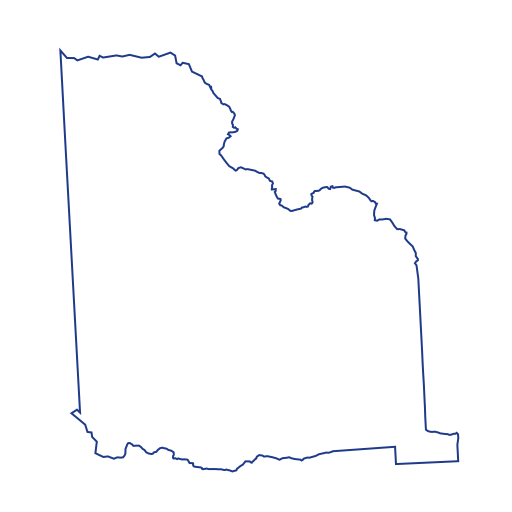 Valley, Idaho, United States of America, rotated 267°
{"feature_id": "52423323B68187533986478", "entity_name": "Valley", "entity_type": "district", "adm_level": 2, "iso_a3": "USA", "parent_name": "United States of America", "parent_adm1": "Idaho", "projection": "natural_earth1", "projection_center": [-115.582, 44.683], "detail": "fine", "context": "isolated", "style": "outline", "palette": "blue", "viewbox_px": 512, "rotation_deg": 267, "n_neighbors": 0, "source": "geoboundaries", "source_scale": "gbopen_adm2", "svg_char_len": 4735}
<svg xmlns="http://www.w3.org/2000/svg" viewBox="0 0 512 512"><g transform="rotate(267 256 256)"><path d="M438.4,211.0L443.5,201.7L451.1,199.0L452.8,192.9L450.4,190.6L452.6,186.8L460.4,185.7L463.6,181.2L460.1,169.4L463.5,165.7L460.3,160.5L460.0,152.1L463.5,140.3L462.2,132.9L463.6,127.2L462.2,113.7L464.1,110.3L460.5,108.3L463.8,98.8L460.7,87.9L463.2,84.7L463.6,77.6L471.5,71.4L384.7,71.5L108.8,72.1L111.9,69.2L108.6,63.5L96.5,76.6L89.1,78.5L88.4,82.5L83.9,82.9L78.9,87.3L67.5,85.3L63.3,93.0L63.6,97.7L61.0,103.5L62.2,107.0L61.7,110.4L61.9,112.7L63.5,114.2L65.4,115.2L70.2,115.6L74.6,117.6L75.9,118.7L75.8,120.2L75.2,121.1L74.1,122.7L72.9,123.5L72.8,124.9L72.9,126.5L72.7,129.4L70.9,131.5L69.5,132.5L68.0,134.6L65.7,136.1L64.4,138.5L63.7,141.4L64.0,142.6L65.2,143.7L65.7,146.3L66.6,147.0L67.8,148.1L68.2,149.0L69.1,150.1L69.5,152.4L69.0,153.7L68.3,156.5L66.9,158.4L65.9,161.4L64.2,163.5L61.8,163.5L60.5,162.7L58.6,162.6L58.0,163.4L58.3,164.8L57.3,166.5L57.9,167.8L57.2,169.7L56.7,171.5L56.7,173.6L56.4,175.9L56.2,176.9L55.6,177.4L54.7,177.8L52.7,178.8L52.5,181.6L52.4,182.2L51.7,182.4L51.1,182.2L49.9,182.4L49.0,183.1L48.5,185.5L48.1,187.6L47.8,189.6L47.2,190.8L46.3,191.0L45.8,191.9L46.1,192.8L46.1,194.2L46.3,195.8L46.0,196.5L45.6,198.1L45.6,199.7L45.5,202.1L45.3,205.1L45.0,206.7L44.9,208.9L44.8,210.0L44.6,211.0L44.1,212.3L43.9,213.7L44.1,214.7L44.3,215.4L43.8,216.6L43.5,217.6L43.3,218.5L42.7,219.8L42.1,221.2L42.6,223.3L43.0,225.2L44.4,225.8L45.2,226.9L47.0,229.4L48.4,232.0L51.5,234.7L51.2,239.0L50.3,239.8L49.8,240.9L50.7,241.6L51.0,242.1L51.2,242.5L52.0,243.3L52.8,244.1L53.2,244.6L53.6,245.2L53.7,245.6L54.1,245.8L54.5,245.8L55.6,246.4L57.0,248.8L56.4,252.0L55.4,253.2L55.3,254.0L55.4,255.1L55.5,256.8L54.3,261.5L52.9,265.7L51.3,268.8L52.7,271.9L52.9,276.1L53.3,278.5L52.1,281.0L51.2,284.2L50.7,287.2L50.3,289.8L49.4,290.8L49.9,291.9L51.2,293.2L52.0,296.6L51.8,299.0L52.5,301.9L53.2,305.1L54.7,308.4L55.3,311.8L56.0,315.7L55.7,318.2L56.5,321.5L57.0,322.2L58.2,384.9L40.9,384.9L40.5,447.2L46.4,447.2L57.0,447.2L63.6,448.5L67.4,448.4L68.9,447.1L68.1,446.0L68.1,444.1L67.4,441.7L67.2,439.9L68.1,438.0L68.3,435.8L68.8,433.2L69.2,430.8L70.3,428.5L70.8,426.7L71.2,425.5L71.1,423.1L71.3,421.2L72.1,418.6L73.7,416.6L86.5,416.6L97.3,416.8L104.7,416.8L118.9,416.9L129.9,416.8L140.7,416.8L153.0,416.9L169.8,416.9L189.6,416.9L200.9,416.9L208.0,416.9L225.0,416.9L238.3,415.8L240.5,414.3L242.3,415.8L243.2,417.4L244.5,417.5L247.4,415.6L250.7,415.7L253.3,414.5L257.5,412.9L259.8,410.6L262.7,408.0L265.6,405.9L268.8,406.4L270.1,407.4L271.5,407.5L271.6,406.9L272.4,406.1L273.9,405.4L275.4,401.0L275.4,398.4L278.6,395.8L282.0,394.0L285.5,391.8L286.3,388.4L285.9,384.2L286.0,381.0L284.9,378.9L285.5,376.5L287.6,376.8L290.7,376.0L295.2,376.5L299.8,378.5L301.9,379.5L302.1,378.3L303.5,377.8L304.9,375.7L304.6,374.2L305.7,373.2L308.3,371.6L310.8,369.1L312.7,365.3L315.0,362.6L317.2,355.7L319.3,353.2L320.7,348.4L320.5,342.7L320.4,338.9L319.9,337.9L320.3,336.3L321.7,336.0L321.3,334.3L320.2,334.0L319.0,333.5L319.3,332.2L321.2,330.6L321.0,328.2L320.7,326.4L319.9,324.7L318.2,322.8L317.8,321.5L317.8,319.3L317.9,318.2L317.1,317.3L316.1,317.0L315.6,315.7L315.0,314.5L313.7,314.6L312.3,315.5L310.3,315.1L309.1,314.9L307.1,315.3L306.3,315.2L305.4,314.3L305.8,312.9L304.4,311.2L302.7,310.4L302.4,309.2L302.8,307.9L302.1,305.7L302.0,304.4L301.0,303.5L300.7,302.2L300.4,299.9L300.0,298.2L299.8,297.1L299.1,294.4L299.2,292.8L301.2,290.6L302.5,288.0L303.2,286.2L305.0,284.4L305.5,282.8L307.1,281.9L309.1,283.0L310.2,283.5L311.4,283.6L311.8,283.1L312.1,281.0L313.3,280.2L316.0,279.1L319.0,278.1L320.0,279.1L321.8,279.2L321.7,277.3L321.6,275.3L323.1,275.4L324.0,275.8L325.6,275.6L327.6,276.7L329.6,276.1L330.2,274.0L333.0,272.6L333.9,270.8L335.1,269.4L336.6,268.8L337.8,267.9L338.5,266.1L338.8,263.6L339.9,261.6L341.2,259.6L341.9,257.1L342.4,255.1L343.2,252.2L343.0,250.2L345.4,245.6L344.7,243.0L343.0,241.6L342.3,240.1L343.5,238.8L344.6,237.9L347.1,234.0L350.6,231.4L354.1,229.0L358.3,226.4L359.7,224.9L362.9,224.9L364.0,226.1L365.8,228.4L367.3,229.5L368.9,229.7L372.0,230.7L375.0,232.7L375.6,235.1L377.0,236.9L378.2,235.8L379.1,234.4L380.8,235.6L380.8,237.6L380.7,239.4L381.1,242.0L381.9,243.8L383.5,244.5L384.1,243.2L385.6,242.1L385.2,240.8L386.1,239.6L386.9,239.7L388.3,239.8L389.5,239.1L391.5,239.2L393.5,240.4L395.6,241.4L397.7,242.3L399.4,241.8L401.2,240.3L401.1,239.4L402.3,238.6L403.7,238.2L406.1,237.3L407.1,236.3L407.8,235.3L409.3,232.8L409.2,231.3L410.6,229.4L412.3,229.1L414.8,228.2L415.8,226.0L418.9,223.6L421.3,221.8L423.2,221.2L424.4,220.2L426.0,219.5L426.2,220.1L427.4,220.0L427.5,218.9L429.3,218.2L430.3,216.1L431.5,214.2L433.5,213.2L434.8,212.8L436.2,212.0L438.3,211.4L438.4,211.0Z" fill="none" stroke="#1e3a8a" stroke-width="2"/></g></svg>